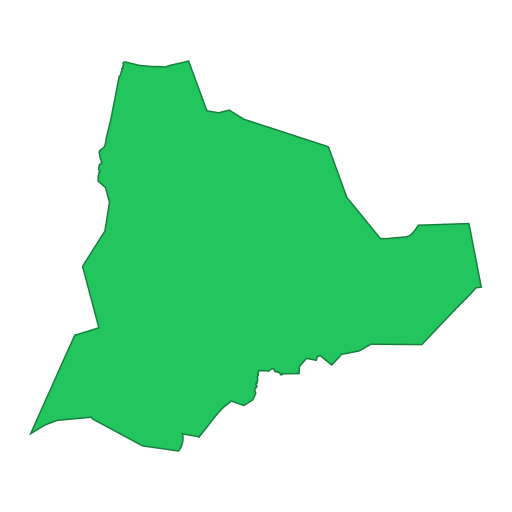 the district of Holtålen nor, Sør-Trøndelag, Norway
{"feature_id": "86288312B65745471966188", "entity_name": "Holtålen nor", "entity_type": "district", "adm_level": 2, "iso_a3": "NOR", "parent_name": "Norway", "parent_adm1": "Sør-Trøndelag", "projection": "orthographic", "projection_center": [11.18, 62.863], "detail": "fine", "context": "isolated", "style": "filled", "palette": "green", "viewbox_px": 512, "rotation_deg": 0, "n_neighbors": 0, "source": "geoboundaries", "source_scale": "gbopen_adm2", "svg_char_len": 4875}
<svg xmlns="http://www.w3.org/2000/svg" viewBox="0 0 512 512"><path d="M243.7,119.2L229.2,110.1L218.6,112.8L206.9,110.8L188.6,61.0L183.2,62.4L175.6,64.1L169.5,65.5L166.9,66.4L165.7,66.8L165.1,67.0L160.4,66.7L160.0,66.7L157.8,66.5L155.3,66.6L150.1,66.5L148.9,66.2L138.8,65.3L126.0,62.1L124.9,62.0L124.4,62.1L123.8,62.2L123.4,62.3L123.3,62.5L123.2,62.9L123.2,63.2L123.1,63.3L123.1,63.5L123.2,63.8L123.5,64.3L123.4,64.7L123.4,64.8L123.5,64.8L123.5,65.1L123.4,65.7L123.2,65.9L123.1,66.0L123.1,66.3L123.1,66.5L122.9,66.7L122.7,66.8L122.7,67.0L122.8,67.1L122.7,67.2L122.8,67.4L122.9,67.5L122.9,67.8L122.9,68.0L122.5,68.1L122.2,68.3L121.9,68.7L122.0,68.8L122.0,69.0L121.9,69.2L122.0,69.3L121.9,69.4L121.9,69.5L121.8,69.8L121.8,70.1L121.9,70.4L121.9,70.5L122.0,70.7L121.9,70.9L121.5,71.2L121.3,71.6L121.2,71.9L121.2,72.1L121.2,72.3L121.1,72.5L121.1,73.1L120.9,73.3L120.9,73.5L120.6,73.8L120.6,74.5L120.4,75.1L120.3,75.4L120.1,75.7L119.8,75.9L119.5,76.1L119.3,76.1L116.2,91.8L116.1,92.5L110.9,119.1L109.6,124.6L106.3,138.0L105.4,143.7L104.9,145.4L104.9,145.5L104.7,146.1L104.1,147.1L103.4,147.8L101.9,148.9L100.6,149.9L100.4,150.3L100.3,150.6L100.2,150.7L99.7,150.7L99.6,150.8L99.6,151.0L99.5,151.4L99.4,151.7L99.3,152.0L99.3,152.3L99.2,152.6L99.3,152.9L99.3,153.0L99.5,153.9L99.5,154.0L99.6,154.5L99.7,154.8L99.7,155.0L99.8,155.4L99.9,155.7L99.9,155.9L99.9,156.2L99.8,156.4L99.8,156.6L100.3,157.8L100.4,158.1L100.4,158.5L100.4,159.0L100.7,159.6L101.1,160.1L101.5,162.0L101.6,162.5L101.5,162.4L101.5,162.5L101.4,162.7L101.3,163.1L101.5,163.4L101.6,163.5L101.4,163.8L101.2,164.0L100.7,164.1L100.4,164.2L100.2,164.1L99.8,164.3L99.7,164.5L99.4,164.7L99.4,165.1L99.2,165.4L99.2,165.5L99.3,165.9L99.2,166.1L99.2,166.3L99.1,166.6L99.0,166.9L99.0,167.1L98.9,167.2L98.8,167.3L98.8,167.6L98.7,167.7L98.8,168.1L98.6,169.2L98.6,169.6L98.9,170.0L99.1,170.3L99.5,170.9L99.7,171.1L99.9,171.6L99.9,171.9L99.7,172.1L99.1,172.3L98.9,172.8L98.9,173.3L98.9,173.9L98.6,174.4L98.5,174.7L98.2,176.0L98.2,179.9L98.1,180.9L98.6,181.5L99.1,182.0L105.5,187.5L109.5,202.4L104.9,231.1L94.9,246.8L82.6,266.4L98.9,327.8L74.8,335.2L61.2,365.3L54.6,380.2L50.4,389.6L47.1,396.8L30.7,433.6L45.4,424.8L57.0,420.4L91.3,417.2L91.6,417.4L91.8,417.7L92.0,418.2L92.2,418.6L92.6,419.0L142.6,445.9L178.6,451.0L178.9,450.7L180.7,448.0L181.8,445.1L182.6,442.3L183.0,440.1L183.0,438.4L182.9,435.9L182.4,433.9L198.2,436.6L198.8,437.3L201.8,433.5L206.1,428.2L212.4,420.0L215.0,416.7L217.7,413.5L220.1,410.8L223.6,407.2L231.3,401.1L237.0,403.1L243.9,405.5L247.7,403.1L252.9,399.8L254.9,395.3L255.8,393.2L255.0,391.1L254.9,388.3L255.9,388.0L256.0,387.9L256.3,387.6L256.6,387.1L256.5,386.8L256.6,386.5L256.9,386.0L256.8,385.8L256.8,385.6L256.7,385.5L256.4,385.3L256.4,385.2L256.1,384.8L256.0,384.7L255.9,384.7L256.0,384.4L255.9,384.2L256.1,383.6L256.1,383.4L256.2,383.2L256.3,383.2L256.2,383.1L256.2,382.9L256.2,382.7L256.3,382.4L256.7,382.3L257.1,382.2L257.4,382.0L257.5,381.8L257.5,381.6L257.4,381.3L257.4,381.2L257.4,380.7L257.6,380.2L257.6,379.8L257.7,379.4L257.7,378.9L257.7,378.4L257.5,377.9L257.3,377.1L257.3,376.8L257.4,376.6L257.7,376.1L258.1,375.7L258.2,375.0L258.1,374.8L258.1,374.7L257.8,374.7L257.7,374.6L257.6,374.3L257.6,374.1L257.8,373.8L257.9,373.7L258.2,373.6L258.3,373.5L258.4,373.3L258.4,373.1L258.3,372.7L258.4,372.3L258.4,372.0L258.5,371.7L258.4,371.2L258.5,371.1L258.8,370.9L259.0,370.7L266.7,370.8L268.6,371.2L271.6,368.8L271.8,368.8L272.0,368.8L272.4,368.8L272.7,368.8L272.9,368.7L273.1,368.8L273.5,369.0L273.8,369.0L274.0,369.3L274.0,369.5L274.3,369.8L274.3,370.0L274.2,370.1L274.3,370.3L274.4,370.5L274.5,370.6L274.7,370.8L274.8,370.9L274.8,371.2L274.9,371.4L275.1,371.4L275.5,371.5L275.9,371.6L275.8,371.8L276.1,371.8L276.4,371.9L276.6,371.7L276.8,371.6L276.8,371.8L277.3,371.9L277.6,372.1L277.8,372.1L278.1,372.0L278.3,372.0L278.4,372.4L278.5,372.5L279.3,372.5L279.5,372.6L279.6,372.9L279.7,373.1L279.8,373.2L280.0,373.6L280.2,373.9L280.5,374.2L280.7,374.5L280.8,374.7L280.9,374.9L281.0,374.9L281.4,374.7L281.7,374.8L282.0,374.7L282.3,374.3L282.5,374.1L282.4,373.9L282.4,373.6L282.9,373.6L283.1,373.8L299.1,373.6L299.4,366.6L306.5,358.4L316.3,360.3L316.4,360.1L316.6,359.4L317.2,356.6L320.4,355.7L322.5,357.5L331.7,365.0L340.0,356.2L341.2,354.4L345.8,353.6L356.0,351.5L358.7,351.1L364.3,348.0L369.5,345.0L370.8,344.2L421.8,344.6L441.8,323.5L456.5,308.1L469.4,295.1L476.1,287.8L477.2,287.6L481.3,287.2L478.8,274.5L477.1,265.6L475.4,256.6L473.9,249.2L471.4,236.2L470.2,229.8L469.1,224.9L468.8,223.6L457.7,223.9L453.4,224.1L450.7,224.1L446.9,224.3L443.5,224.3L441.0,224.5L425.3,225.0L418.3,225.2L416.0,228.7L413.8,231.7L412.8,232.9L411.8,233.9L410.9,234.6L410.3,235.2L408.2,236.3L407.3,236.5L406.6,236.8L405.8,236.9L404.6,237.0L400.2,237.4L395.4,237.8L387.0,238.6L383.5,238.6L380.5,238.7L362.1,216.1L346.8,197.4L328.4,146.8L287.0,133.3L243.7,119.2Z" fill="#22c55e" stroke="#15803d" stroke-width="1.5"/></svg>